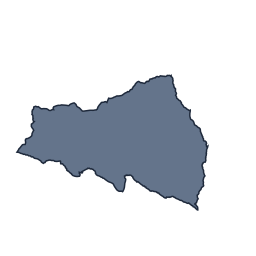 the district of Socotá, Boyacá, Colombia, rotated 292°
{"feature_id": "7082276B38564050638849", "entity_name": "Socotá", "entity_type": "district", "adm_level": 2, "iso_a3": "COL", "parent_name": "Colombia", "parent_adm1": "Boyacá", "projection": "mercator", "projection_center": [-72.569, 5.942], "detail": "fine", "context": "isolated", "style": "filled", "palette": "slate", "viewbox_px": 256, "rotation_deg": 292, "n_neighbors": 0, "source": "geoboundaries", "source_scale": "gbopen_adm2", "svg_char_len": 5760}
<svg xmlns="http://www.w3.org/2000/svg" viewBox="0 0 256 256"><g transform="rotate(292 128 128)"><path d="M125.9,62.1L124.5,57.7L123.5,56.4L122.9,54.8L121.8,53.3L119.8,51.2L118.6,51.1L117.8,51.6L117.2,52.2L116.8,50.9L115.6,50.0L115.0,49.2L114.8,48.1L115.3,46.4L115.3,45.1L114.3,42.3L113.4,40.7L113.4,40.3L113.4,39.7L114.2,36.8L113.5,35.8L113.6,34.3L112.3,32.8L110.4,33.2L109.8,33.2L108.7,32.6L108.0,32.9L107.1,32.9L106.0,33.6L104.5,33.9L104.5,34.3L103.8,35.2L101.9,36.0L101.5,36.5L101.1,36.3L100.3,36.7L100.0,36.7L99.3,37.5L98.6,37.9L98.8,38.6L97.3,38.1L96.2,37.6L95.5,37.0L95.3,37.0L93.2,37.8L92.0,39.4L91.3,40.6L90.4,41.5L89.8,41.3L87.0,41.1L85.3,41.6L84.5,41.6L82.7,40.7L80.7,39.0L80.2,38.0L79.3,37.3L78.2,37.4L76.5,38.4L75.4,38.7L74.2,38.8L73.5,37.1L72.9,36.4L68.9,35.2L67.9,34.7L66.3,34.6L64.0,34.1L64.5,36.1L64.3,38.0L64.6,39.7L64.4,40.9L65.0,42.1L64.7,43.4L65.4,44.9L65.0,46.4L65.6,48.0L65.5,48.3L65.1,48.8L65.0,49.2L65.6,50.4L64.9,52.6L65.5,55.7L64.8,59.5L63.9,60.6L63.5,62.8L64.5,63.4L65.0,64.1L65.7,64.0L66.3,64.4L67.1,64.6L67.7,65.8L68.3,66.3L69.1,67.8L69.2,69.2L69.9,70.9L70.0,71.5L69.7,72.4L70.2,74.2L70.6,75.1L71.8,77.1L72.0,77.7L71.9,77.9L70.1,78.7L69.6,79.2L70.3,80.7L69.5,82.1L68.8,84.2L68.4,84.6L67.8,84.8L67.2,86.4L66.9,86.6L66.3,86.7L65.9,87.1L65.6,88.1L65.8,88.2L65.5,89.4L64.8,90.7L64.7,91.6L64.4,92.1L64.5,92.7L63.9,93.1L63.3,94.7L63.4,97.0L63.9,98.9L65.1,101.1L65.6,101.2L66.6,101.1L67.2,100.8L67.7,99.8L68.5,99.5L68.3,100.1L68.8,100.0L69.0,101.0L69.0,102.0L70.0,101.6L70.0,102.4L71.0,102.2L74.5,105.1L75.1,105.9L75.5,105.9L75.4,106.2L76.2,107.0L76.0,107.4L75.9,108.5L76.5,109.1L76.3,110.1L76.6,110.8L75.9,112.3L75.8,113.3L74.9,114.3L74.3,114.7L73.9,114.7L72.8,116.2L72.5,117.7L72.7,118.7L72.6,120.4L72.3,121.6L72.6,122.6L72.1,123.3L72.3,124.6L71.7,126.3L70.9,129.9L71.0,132.9L70.8,134.6L70.4,135.5L68.7,137.4L66.5,140.7L66.1,142.2L66.0,143.5L67.0,145.7L66.9,146.8L67.4,147.0L69.7,147.1L71.6,146.9L75.8,145.7L77.5,145.6L79.4,145.2L79.9,144.9L80.6,143.6L82.1,142.8L82.6,143.5L83.1,143.5L83.3,143.7L83.6,144.8L83.9,144.8L83.8,145.0L84.3,145.9L84.4,146.7L84.9,147.0L85.3,148.3L84.8,149.6L84.6,150.6L83.8,151.1L82.6,152.9L82.0,154.3L81.9,155.3L81.2,156.3L81.4,156.6L81.8,156.9L81.9,157.4L81.6,157.6L81.7,158.1L80.6,161.4L80.3,163.0L79.9,163.6L80.0,164.4L80.3,164.8L80.3,165.1L79.7,165.7L79.9,166.7L79.3,167.1L78.9,169.2L79.0,169.8L77.9,172.2L78.2,173.4L78.6,173.6L78.6,173.9L78.9,174.6L78.8,175.4L79.0,175.9L79.0,176.5L79.5,177.9L79.2,178.5L79.3,178.9L79.0,179.2L79.2,179.8L78.9,180.0L79.1,180.6L79.2,181.1L79.0,181.4L78.7,181.5L78.4,182.3L77.8,184.8L77.7,186.1L77.2,187.1L77.0,188.8L77.5,189.3L77.5,189.6L78.1,189.5L78.4,189.6L78.8,191.2L79.4,191.9L79.3,192.5L79.8,193.0L79.9,193.5L80.8,194.1L81.4,195.2L81.4,195.7L81.1,196.3L81.2,196.8L81.0,197.3L81.2,197.7L80.7,198.9L80.8,201.2L80.5,203.5L80.9,204.9L80.5,206.6L80.2,207.1L80.5,207.6L80.4,208.3L80.6,209.0L80.4,211.0L80.6,211.9L81.2,212.3L81.2,212.7L80.8,213.4L80.5,215.0L80.0,215.8L80.1,217.1L79.4,217.9L79.5,219.2L79.4,219.8L78.8,220.6L78.3,222.3L78.0,222.9L78.2,223.4L80.0,222.6L80.9,222.0L81.3,221.1L82.2,219.9L82.3,218.8L82.6,218.4L83.5,218.7L84.2,219.5L87.3,219.2L88.1,219.5L88.9,219.4L89.3,218.6L91.6,217.3L92.6,217.9L93.7,218.2L95.3,217.7L96.9,218.0L98.2,218.6L100.4,218.5L101.9,219.5L102.8,219.8L104.3,218.7L106.0,218.3L107.3,217.3L110.5,216.8L112.4,217.3L113.2,216.3L115.0,214.8L117.0,213.9L118.6,212.2L119.6,212.0L119.8,211.3L120.6,211.1L121.1,210.6L122.1,210.5L122.6,210.7L122.9,210.5L123.2,210.8L124.0,210.7L124.9,211.5L125.3,212.4L125.7,212.4L127.2,212.3L128.7,211.4L129.2,211.4L129.5,211.1L130.0,211.2L130.4,210.9L132.4,210.7L133.0,210.4L133.6,210.4L133.9,209.9L135.4,209.7L137.3,209.0L140.0,209.0L141.0,208.8L140.2,208.4L140.1,207.9L141.6,207.0L142.0,206.5L143.3,206.6L143.5,206.3L144.4,205.6L144.8,204.4L144.6,203.9L144.5,203.2L145.1,202.4L145.8,202.3L146.5,201.8L147.0,200.9L148.0,200.5L148.4,199.7L149.1,199.4L149.3,198.8L150.1,198.3L151.0,197.3L151.4,197.1L151.8,196.5L153.2,195.9L154.2,195.2L154.7,194.2L154.9,192.3L155.6,190.8L155.9,188.5L157.9,186.9L158.7,186.1L159.4,184.5L159.4,183.6L159.6,182.8L161.4,181.4L162.3,180.8L164.6,179.9L167.3,179.3L167.9,179.0L167.3,178.5L167.2,177.9L167.6,176.2L167.6,175.3L168.0,174.7L168.3,173.5L168.2,172.2L169.6,170.3L170.6,168.4L171.1,168.0L171.5,168.0L172.8,166.1L172.8,164.9L173.4,163.7L173.8,162.1L175.5,161.0L176.1,159.9L177.9,160.1L178.6,159.6L179.6,158.3L182.1,157.4L182.4,156.3L182.8,156.2L183.0,155.5L183.5,155.3L183.9,154.8L185.4,154.0L185.8,153.2L186.6,152.6L187.4,152.4L187.9,152.1L188.4,152.2L189.3,151.8L189.7,151.2L190.2,151.2L190.9,150.8L191.9,149.1L192.7,148.4L192.0,148.3L192.3,147.4L192.3,146.6L191.7,145.6L191.5,144.7L191.0,144.6L190.2,144.0L189.5,142.8L189.6,141.9L189.0,141.2L189.0,140.0L188.6,139.5L188.6,138.7L188.4,138.4L187.3,137.8L186.9,137.3L186.7,135.7L186.0,134.9L184.7,134.5L184.4,133.6L183.4,132.6L183.2,132.1L182.5,131.9L182.5,131.5L182.1,131.2L181.7,130.1L179.2,129.8L179.0,129.5L178.7,129.4L178.7,128.9L178.5,128.6L178.5,128.2L178.0,128.1L177.8,127.6L175.9,126.9L175.5,126.5L175.1,123.6L174.7,122.7L175.2,120.7L175.1,120.3L174.2,119.4L172.6,118.7L171.4,118.3L170.2,118.3L168.1,117.4L167.2,117.5L166.7,117.2L165.3,117.2L164.6,116.1L164.3,115.9L162.1,115.4L161.8,115.0L161.6,114.0L160.6,113.5L159.2,112.1L155.9,110.1L154.3,107.6L153.5,105.6L152.0,104.3L151.3,103.4L150.3,102.7L149.2,101.4L148.6,100.1L148.4,98.9L143.7,98.9L144.0,97.8L144.0,97.2L143.5,96.5L142.9,96.0L141.8,93.9L141.3,93.8L140.7,93.4L139.5,93.2L139.0,92.9L136.4,92.3L133.9,92.4L132.8,91.7L132.5,90.9L131.5,89.4L130.2,86.1L127.0,80.5L126.6,79.3L128.4,75.5L128.7,72.9L129.0,72.3L130.4,70.9L131.1,68.8L130.6,67.9L128.8,65.9L127.9,65.3L126.7,64.9L126.4,64.3L125.9,62.1Z" fill="#64748b" stroke="#1e293b" stroke-width="1.5"/></g></svg>